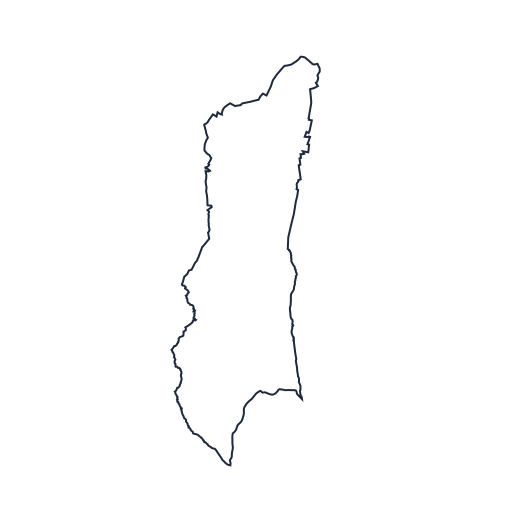 outline of Sancraieni, Harghita, Romania, rotated 296°
{"feature_id": "2599482B65024630890924", "entity_name": "Sancraieni", "entity_type": "district", "adm_level": 2, "iso_a3": "ROU", "parent_name": "Romania", "parent_adm1": "Harghita", "projection": "albers", "projection_center": [25.771, 46.297], "detail": "fine", "context": "isolated", "style": "outline", "palette": "slate", "viewbox_px": 512, "rotation_deg": 296, "n_neighbors": 0, "source": "geoboundaries", "source_scale": "gbopen_adm2", "svg_char_len": 6054}
<svg xmlns="http://www.w3.org/2000/svg" viewBox="0 0 512 512"><g transform="rotate(296 256 256)"><path d="M147.5,360.1L148.7,359.3L150.0,357.9L150.5,357.2L151.6,356.2L154.1,354.6L155.1,354.6L158.8,352.9L161.6,349.7L163.3,349.1L164.5,348.4L165.2,347.9L166.3,346.5L168.1,345.4L170.6,343.5L173.2,342.1L179.3,337.7L181.2,337.3L186.0,333.8L196.0,327.3L196.3,326.7L196.6,326.6L196.8,327.0L198.2,326.0L198.3,326.3L198.9,326.1L199.7,325.0L200.0,324.2L202.7,321.5L203.8,321.2L204.7,320.7L207.0,320.3L208.6,319.4L209.3,319.9L210.0,319.9L210.6,318.4L213.1,317.8L213.6,317.2L214.3,316.9L214.7,316.3L215.1,315.2L216.2,314.0L223.4,309.6L224.5,309.1L226.8,308.7L230.3,307.3L236.0,304.6L237.6,304.2L241.5,304.7L242.7,304.6L245.2,303.7L248.0,303.3L249.7,302.2L251.7,302.0L252.7,301.4L253.9,301.5L254.8,300.8L255.8,300.7L256.3,300.9L257.5,300.7L258.0,300.4L259.0,299.1L260.3,298.0L261.1,297.7L261.5,296.6L263.2,295.5L264.3,293.4L266.2,290.7L267.1,289.8L268.3,289.5L268.8,288.9L269.7,288.7L269.8,288.4L270.9,287.8L271.9,287.6L272.4,286.7L273.8,286.2L274.5,285.4L274.7,284.7L275.4,284.1L275.8,283.5L275.7,283.2L276.0,283.1L276.2,281.5L287.0,276.8L300.9,273.6L310.4,271.6L322.5,267.9L327.8,266.8L333.9,264.9L333.8,263.2L335.6,262.7L338.3,261.1L339.5,260.9L341.6,261.4L342.6,260.7L344.5,262.6L356.3,254.6L357.5,255.8L362.8,252.3L363.9,253.4L367.1,251.4L367.8,253.1L369.0,254.5L370.6,252.1L372.1,257.5L379.4,254.9L379.0,253.3L386.8,252.4L386.6,251.1L385.8,250.9L384.5,247.5L389.7,247.0L389.6,249.4L389.9,249.5L392.4,249.2L402.4,246.7L401.6,243.7L402.8,243.3L402.8,242.9L417.1,238.8L419.5,237.7L429.6,231.5L432.6,234.8L435.9,237.1L437.9,233.9L439.2,234.5L441.9,234.3L443.6,233.7L445.0,232.2L445.7,232.0L449.7,232.4L452.4,231.1L455.7,227.0L453.7,224.5L453.4,223.4L453.3,222.3L453.7,221.7L454.1,219.6L454.7,217.9L455.9,212.7L455.7,211.8L455.2,209.8L454.7,208.8L451.5,208.1L448.9,207.0L443.9,204.0L442.3,202.4L440.9,200.5L439.9,199.2L439.6,198.4L437.5,197.6L428.4,195.2L421.9,194.2L420.8,194.2L415.0,195.0L404.9,195.1L405.0,191.0L401.1,189.9L397.5,189.8L396.4,188.3L392.4,183.6L387.6,177.4L386.6,176.5L384.9,176.1L381.6,171.3L381.9,165.8L378.9,164.0L376.2,162.7L374.5,162.2L372.7,162.1L371.3,162.3L368.7,162.9L368.2,163.3L367.9,161.4L368.3,158.5L364.0,159.4L364.4,155.2L357.9,154.1L355.2,153.9L353.4,153.3L352.4,152.5L351.2,151.9L346.3,156.2L344.6,157.4L341.2,160.9L338.3,160.6L335.2,160.9L333.2,161.3L328.9,163.0L328.1,163.7L327.3,165.6L326.9,166.0L326.4,168.3L326.3,169.8L324.3,172.9L322.2,173.0L318.0,172.7L317.6,174.0L316.7,173.9L315.4,173.5L314.7,173.0L313.4,171.7L312.5,172.4L313.0,173.5L313.1,174.4L312.6,176.8L312.4,176.7L312.2,177.2L311.1,176.1L310.7,175.3L310.9,175.3L310.6,174.5L310.1,173.5L306.6,176.1L303.5,177.4L301.1,177.9L297.6,180.2L296.3,181.3L292.2,182.9L289.0,185.3L285.2,187.6L280.3,190.2L281.0,192.2L281.6,193.5L281.2,194.4L280.5,194.7L276.0,192.3L275.3,194.3L272.4,195.0L272.1,195.6L271.5,196.0L270.5,196.2L270.2,196.6L268.4,197.1L265.5,198.6L264.4,199.4L262.8,200.0L259.3,202.7L257.3,203.0L256.1,202.6L251.0,206.4L241.0,204.0L240.7,203.7L230.5,204.7L230.0,204.9L229.3,204.7L225.8,205.0L223.0,204.2L215.4,204.1L213.7,202.1L209.8,202.1L207.1,201.2L206.1,200.6L200.8,201.6L198.5,201.8L197.6,202.1L197.4,203.1L197.8,204.5L197.5,206.0L197.0,206.6L196.3,206.3L195.7,206.4L195.3,209.2L194.9,210.3L193.9,211.5L192.2,211.0L191.4,211.2L190.5,211.1L189.6,210.3L189.3,210.6L189.0,211.3L188.2,212.1L187.7,212.1L187.6,212.6L187.2,213.1L184.7,214.7L184.1,215.6L184.0,217.3L183.3,218.2L183.7,219.3L183.9,220.4L183.6,221.4L182.8,222.2L181.8,222.7L181.2,222.7L181.3,223.4L180.3,224.0L179.1,224.1L179.9,225.1L178.7,225.3L177.4,226.1L176.8,225.9L175.8,226.8L173.1,226.9L172.5,227.3L171.8,228.4L172.1,228.8L172.6,228.9L172.2,229.6L172.2,230.0L171.5,229.7L171.2,228.5L171.2,227.8L170.5,227.9L169.8,227.7L169.4,228.0L167.5,227.6L164.1,225.9L160.9,223.8L160.3,224.6L158.7,225.4L156.4,224.4L156.2,224.0L154.4,225.0L152.4,225.6L149.5,223.0L147.5,222.7L146.6,223.5L145.7,223.7L144.4,223.6L144.2,223.9L142.7,223.6L141.2,223.6L139.6,222.9L139.2,222.0L136.4,221.7L134.6,221.2L134.1,222.1L133.1,223.0L133.1,223.6L132.8,224.1L132.0,224.6L131.2,226.0L129.9,226.5L129.3,226.5L128.9,227.4L128.5,227.5L127.5,229.0L125.5,229.0L124.9,229.5L124.3,229.7L123.9,230.2L123.9,230.7L122.2,231.8L121.6,231.9L121.3,232.4L121.7,233.1L121.8,233.8L121.7,234.2L121.3,234.6L121.3,235.2L121.7,235.9L121.7,236.5L121.5,236.9L120.9,237.5L120.9,238.0L120.2,238.2L120.1,238.6L119.2,239.7L117.9,240.4L117.5,240.3L117.2,240.6L115.8,240.8L115.0,241.3L113.6,242.6L112.2,243.3L109.1,243.8L109.0,244.0L106.7,244.0L105.6,244.4L103.5,243.8L103.1,243.0L100.2,243.2L98.6,242.6L98.5,243.1L97.7,243.4L96.6,244.4L96.1,245.5L95.0,246.5L95.1,247.0L94.7,247.4L93.6,247.5L92.8,248.5L92.1,248.1L91.5,248.8L90.6,249.1L90.4,249.6L90.6,250.3L89.3,251.2L89.1,252.2L87.7,253.4L87.6,254.0L87.1,254.4L86.7,255.1L85.9,255.4L86.3,256.2L84.1,256.8L83.7,257.5L81.4,259.4L80.1,261.3L78.9,262.3L78.3,264.6L77.9,265.1L76.6,265.6L75.4,267.9L73.7,269.2L73.5,270.3L72.2,270.6L72.3,271.7L71.7,273.0L70.9,273.6L70.2,276.3L69.0,277.2L69.2,278.9L69.6,280.5L69.8,282.1L69.1,284.5L68.9,286.0L68.5,286.6L68.5,287.3L67.8,288.6L67.2,289.2L67.3,289.7L67.1,290.1L66.5,290.5L66.0,291.1L66.3,291.7L66.3,292.8L65.7,293.8L65.6,295.1L64.8,296.0L64.5,297.4L64.6,299.0L64.2,299.8L64.1,300.8L64.6,303.5L64.4,304.4L59.7,312.6L57.8,315.6L57.6,316.8L56.6,319.2L56.2,321.2L56.1,322.3L56.6,324.7L58.6,324.0L60.9,322.1L61.8,322.1L63.5,322.4L64.6,322.3L68.8,320.6L73.2,319.4L74.9,318.5L76.4,317.4L83.3,313.9L85.8,313.0L86.7,313.0L88.4,313.8L90.5,314.2L91.7,314.2L94.8,313.7L96.1,313.7L100.5,315.3L102.7,315.4L108.5,314.4L113.5,312.0L115.8,311.9L119.6,312.4L123.5,313.8L125.4,314.8L132.1,316.3L134.7,317.6L136.6,318.9L136.7,319.7L136.2,321.0L136.1,321.8L136.3,322.2L137.1,323.2L137.4,323.9L137.6,325.4L137.7,328.1L138.2,330.7L138.4,331.1L138.9,332.0L140.5,333.4L141.8,334.0L144.2,334.7L145.8,334.9L146.6,335.6L147.5,338.2L148.2,341.1L149.6,343.6L152.4,349.8L152.5,351.0L152.0,351.7L150.2,353.2L149.8,353.8L147.5,360.1Z" fill="none" stroke="#1e293b" stroke-width="2"/></g></svg>